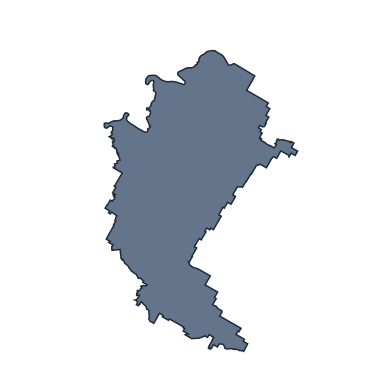 the district of Ipswich, Queensland, Australia, rotated 291°
{"feature_id": "25037944B52648858671508", "entity_name": "Ipswich", "entity_type": "district", "adm_level": 2, "iso_a3": "AUS", "parent_name": "Australia", "parent_adm1": "Queensland", "projection": "albers", "projection_center": [152.701, -27.678], "detail": "fine", "context": "isolated", "style": "filled", "palette": "slate", "viewbox_px": 384, "rotation_deg": 291, "n_neighbors": 0, "source": "geoboundaries", "source_scale": "gbopen_adm2", "svg_char_len": 5998}
<svg xmlns="http://www.w3.org/2000/svg" viewBox="0 0 384 384"><g transform="rotate(291 192 192)"><path d="M226.3,89.7L225.6,86.7L224.7,85.7L224.1,85.6L221.4,86.8L220.8,87.9L221.0,89.4L221.5,90.0L222.3,90.3L224.4,91.9L224.4,94.7L221.5,95.7L219.8,95.7L219.1,95.2L218.3,95.4L218.0,95.7L218.0,96.7L217.0,96.8L214.7,95.8L214.0,94.9L213.7,95.6L213.9,97.1L213.0,97.8L213.0,98.4L212.8,98.7L214.0,98.9L214.1,99.7L213.9,100.0L211.8,101.4L211.2,101.0L211.4,100.3L210.7,99.8L210.6,100.4L209.6,100.2L206.8,102.4L206.7,101.2L206.4,101.1L206.0,101.5L205.8,103.8L205.2,104.1L205.6,105.3L205.5,105.8L204.4,106.1L203.9,106.9L203.3,107.4L202.9,107.2L201.8,107.7L202.0,108.7L201.9,109.0L201.5,108.7L201.1,109.0L200.4,108.9L200.2,109.3L200.5,110.0L199.8,110.0L199.0,111.1L198.7,111.2L197.6,112.2L195.8,113.4L193.9,110.8L192.2,112.1L190.4,109.6L188.1,111.2L186.9,109.5L186.4,109.8L184.8,120.0L171.1,117.8L169.6,117.2L169.2,119.2L162.9,118.2L162.4,119.3L161.3,119.2L161.7,120.4L162.3,120.6L162.1,121.5L161.3,121.2L161.4,120.9L161.1,120.4L160.7,120.2L159.6,120.5L159.3,122.2L157.4,121.9L156.7,121.4L154.8,120.8L155.2,118.6L149.7,117.7L149.7,117.4L145.7,116.7L144.9,121.9L142.7,121.5L142.3,123.7L144.3,124.0L143.5,128.6L143.0,129.4L142.9,130.4L141.7,130.4L140.9,129.9L139.0,130.4L137.8,130.2L137.7,131.2L133.2,130.5L133.2,131.1L117.3,128.8L116.6,133.3L115.1,132.3L114.3,137.2L111.9,136.7L108.9,138.2L112.6,145.5L104.4,149.7L104.3,150.0L104.6,150.4L103.5,151.1L103.5,151.4L104.2,151.5L104.0,152.0L103.0,153.2L102.8,153.8L101.8,154.3L101.3,154.9L100.6,157.5L99.9,158.9L98.3,160.8L97.9,162.2L96.7,163.1L95.4,167.6L95.3,169.5L94.9,169.6L93.1,172.0L92.2,172.5L92.2,173.3L92.8,174.1L93.0,175.4L92.9,175.8L92.2,176.2L91.8,178.7L90.0,178.4L89.3,183.5L88.6,183.3L87.7,182.4L87.4,180.4L86.0,178.2L85.5,178.0L85.2,178.2L85.0,179.3L84.4,179.7L83.0,178.6L81.1,178.3L80.6,177.4L80.7,176.5L80.1,176.2L79.1,177.2L78.4,177.2L77.7,176.6L76.6,177.2L75.6,177.3L75.5,178.0L76.3,178.5L76.8,179.1L76.9,179.7L76.7,179.9L75.5,180.1L71.9,178.9L71.1,178.3L70.7,177.5L70.5,179.3L69.5,180.8L66.9,180.5L66.6,182.8L68.6,183.1L68.6,183.6L71.6,184.0L69.3,188.1L69.0,189.7L68.4,190.5L67.1,191.1L66.4,191.7L66.3,192.9L65.9,194.1L63.3,195.4L62.9,195.3L61.8,196.1L60.1,196.8L58.0,197.2L56.1,199.4L56.2,201.2L55.6,203.4L67.1,205.1L66.5,209.3L64.9,209.0L63.8,216.1L65.4,216.4L63.0,232.5L62.1,232.3L61.9,234.1L59.0,233.6L58.1,239.2L57.2,237.7L56.3,236.8L55.0,244.2L58.1,251.0L61.8,255.3L62.3,255.4L61.8,258.6L64.9,259.1L64.0,264.4L61.0,263.9L60.9,264.2L53.3,263.0L53.3,263.6L52.1,263.4L51.8,265.4L53.0,265.6L53.0,266.2L57.1,266.8L56.5,271.3L59.8,271.8L60.2,272.7L60.9,275.3L60.2,276.8L59.2,277.9L57.9,278.8L57.9,280.6L58.6,282.4L59.7,284.0L60.0,286.5L60.4,286.6L60.2,288.1L61.0,289.5L61.2,290.3L61.3,291.4L61.0,293.4L61.9,295.7L61.7,297.4L70.2,298.4L71.0,293.3L73.3,293.7L74.8,284.2L78.7,284.8L78.5,286.0L82.3,286.6L86.1,262.4L90.5,263.0L91.7,262.7L92.5,257.7L93.0,257.2L94.1,255.1L93.8,254.3L94.2,251.7L101.2,252.8L101.5,250.8L107.8,251.8L110.0,237.5L120.2,239.2L122.4,225.1L122.0,219.8L123.0,216.4L125.4,214.1L125.3,214.5L131.6,215.5L131.6,214.9L141.5,216.4L141.6,213.8L151.0,215.3L150.6,217.8L159.8,219.3L160.0,218.0L163.6,218.6L163.0,222.2L165.0,222.4L164.5,225.5L179.9,228.0L180.3,225.2L184.6,225.8L188.8,226.2L188.5,227.9L195.1,229.0L194.6,232.8L203.0,234.2L202.8,233.6L203.9,233.1L203.7,232.5L203.7,231.6L204.0,231.0L213.0,232.5L214.6,236.6L214.6,237.5L221.6,238.7L221.5,239.0L229.7,240.4L229.7,241.0L239.8,242.6L242.3,245.8L241.3,252.8L252.0,254.4L252.4,254.8L253.4,254.8L254.2,256.0L253.8,259.0L262.2,260.2L260.9,269.6L258.8,269.9L263.8,270.7L263.0,275.2L268.0,276.0L269.1,268.9L274.2,269.7L274.7,266.6L273.5,266.4L274.2,265.4L273.6,264.9L274.0,264.0L273.6,261.2L273.8,260.1L273.3,259.1L273.2,257.6L271.9,255.0L272.2,253.3L271.9,252.6L270.8,253.0L270.2,252.6L269.9,252.9L267.5,252.6L266.9,252.2L266.7,253.7L262.6,253.0L263.4,247.8L263.0,247.7L263.8,243.1L264.2,243.1L265.0,237.7L266.5,237.9L266.4,237.1L266.7,236.8L266.5,236.3L266.8,236.2L266.7,235.6L272.1,236.4L272.5,234.0L275.1,234.4L275.7,231.0L278.3,231.4L278.0,234.3L279.0,236.1L282.6,236.7L282.8,235.8L289.5,236.9L290.0,233.5L297.7,234.8L298.4,230.7L302.5,231.3L306.5,206.5L319.8,208.7L320.6,208.4L322.6,209.1L322.9,208.9L327.0,185.4L326.2,184.3L325.1,183.5L323.8,181.5L323.6,180.6L329.2,173.6L330.0,172.4L330.6,170.7L331.7,164.1L332.2,162.9L331.5,162.2L331.7,161.2L330.5,158.7L328.4,155.7L327.7,155.1L325.6,154.3L322.7,151.8L321.5,151.1L319.3,151.0L319.0,150.7L318.0,151.3L317.5,151.1L315.8,151.5L315.6,151.1L314.8,150.4L314.4,150.9L313.0,151.0L311.7,149.6L310.4,149.5L309.3,149.0L308.0,147.4L306.8,144.3L305.5,142.6L305.7,142.3L302.2,139.2L299.7,136.7L298.5,136.1L297.3,136.2L296.2,137.1L293.2,144.7L292.3,146.3L291.3,146.7L290.3,146.5L289.6,146.1L289.3,145.5L289.0,138.3L288.6,136.7L288.6,135.8L287.9,133.3L286.5,130.6L285.7,127.8L285.7,123.2L287.4,118.3L287.7,116.9L287.5,114.9L286.0,111.7L284.8,109.7L282.0,108.7L280.6,108.5L278.4,109.1L276.9,109.9L276.4,110.6L276.3,111.2L276.4,112.0L276.9,112.5L280.2,113.3L281.4,114.0L282.0,115.4L282.0,116.2L281.7,116.7L281.1,117.0L279.5,117.1L277.4,117.7L274.3,119.4L273.2,119.4L272.7,120.0L272.4,121.6L271.9,122.4L271.2,122.8L265.5,123.8L263.7,123.7L262.7,122.8L259.9,122.2L259.0,122.3L258.5,122.8L257.9,122.9L255.3,121.8L254.6,121.0L254.3,119.7L253.6,119.7L252.4,120.4L252.4,120.7L253.1,121.5L253.7,123.0L253.6,123.3L253.3,123.5L252.4,123.2L252.3,124.3L251.8,124.7L248.8,125.1L247.3,124.8L246.3,123.1L244.6,122.9L243.6,123.8L243.2,124.5L242.3,125.1L241.4,126.4L240.1,127.2L240.0,127.7L239.3,128.2L239.2,128.8L238.2,128.6L237.9,129.8L236.4,129.4L235.5,128.2L234.6,128.0L234.3,128.7L233.8,128.9L232.2,128.6L231.3,127.5L231.0,125.2L231.6,122.2L232.1,118.4L233.7,111.5L233.7,110.2L234.9,106.6L235.8,105.2L237.4,104.5L239.1,104.4L241.0,105.4L241.6,105.3L242.3,104.3L242.5,103.1L242.1,101.8L241.4,101.1L239.0,100.8L236.5,101.1L235.3,100.6L233.4,99.4L231.6,96.7L230.5,93.6L228.2,91.1L226.3,89.7Z" fill="#64748b" stroke="#1e293b" stroke-width="1.5"/></g></svg>